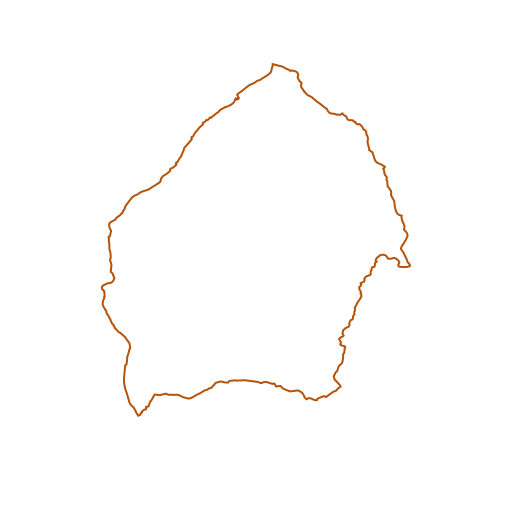 Baucau, Baucau, East Timor (Robinson projection), rotated 288°
{"feature_id": "22284137B73846644477643", "entity_name": "Baucau", "entity_type": "district", "adm_level": 2, "iso_a3": "TLS", "parent_name": "East Timor", "parent_adm1": "Baucau", "projection": "robinson", "projection_center": [126.421, -8.508], "detail": "fine", "context": "isolated", "style": "outline", "palette": "amber", "viewbox_px": 512, "rotation_deg": 288, "n_neighbors": 0, "source": "geoboundaries", "source_scale": "gbopen_adm2", "svg_char_len": 6126}
<svg xmlns="http://www.w3.org/2000/svg" viewBox="0 0 512 512"><g transform="rotate(288 256 256)"><path d="M443.6,212.6L441.7,213.2L440.1,213.0L435.9,213.4L433.8,212.6L431.2,210.8L426.0,206.4L424.7,205.5L422.9,202.9L420.2,201.0L416.5,196.9L413.5,194.8L408.0,191.2L404.2,188.4L403.2,188.4L402.6,189.3L401.6,189.9L401.1,190.8L400.1,190.8L398.9,189.5L399.8,188.7L399.6,187.9L395.7,187.6L393.8,186.7L391.7,185.1L389.6,182.9L387.8,180.4L385.9,178.8L384.8,177.5L383.7,176.7L381.5,175.8L379.8,174.5L373.5,170.4L373.6,169.6L371.1,168.5L370.0,167.5L369.7,166.5L368.3,166.3L367.0,164.9L366.1,164.3L365.7,164.3L365.0,164.8L364.7,164.8L360.9,162.6L354.4,160.0L352.1,159.4L350.3,159.3L349.5,158.1L348.1,158.2L347.6,158.4L347.4,158.8L346.9,158.8L336.6,154.4L334.3,154.5L327.5,153.9L324.5,152.9L321.4,152.4L320.6,151.5L319.7,151.2L318.7,151.4L318.6,151.6L318.8,151.9L318.5,152.0L317.6,151.8L314.2,149.6L312.6,147.7L311.5,147.5L310.6,148.0L309.9,147.8L306.2,145.4L303.1,142.7L302.3,142.6L301.0,141.9L298.7,141.8L298.0,142.2L296.3,141.7L285.8,133.0L281.7,127.3L280.3,126.0L277.9,124.2L275.5,121.5L273.6,120.1L264.0,116.7L262.5,116.4L260.0,116.5L258.1,115.7L255.4,115.6L254.4,114.6L252.6,114.0L248.9,111.2L247.3,111.1L244.7,108.6L242.6,106.9L241.9,106.6L241.5,106.8L241.1,106.5L239.2,107.1L237.5,108.1L235.2,110.4L229.7,111.0L229.2,110.7L229.0,110.1L228.2,110.0L226.2,111.1L224.8,111.4L222.6,112.6L217.1,114.5L215.1,116.0L211.9,117.5L209.3,118.4L207.6,118.4L206.3,118.8L204.5,120.3L202.5,121.4L196.4,122.6L195.9,123.0L195.2,124.8L194.2,126.0L193.2,126.3L191.1,128.2L188.2,127.9L186.2,126.8L185.4,125.8L184.0,123.1L181.0,120.0L179.7,119.1L178.0,119.2L176.8,120.0L176.5,121.2L175.9,121.7L175.8,122.5L175.1,122.6L173.3,123.7L172.2,123.9L170.8,124.6L170.4,124.2L168.3,124.7L166.3,124.3L163.0,124.9L161.7,125.7L159.3,128.1L158.8,129.0L158.3,129.2L157.4,130.6L156.1,131.2L154.9,132.2L154.2,133.3L151.0,136.6L150.4,137.4L149.7,137.7L147.0,140.4L146.7,140.8L146.6,141.8L145.5,142.3L145.1,142.8L145.1,143.3L143.4,144.5L143.1,145.6L141.4,148.5L141.1,149.5L141.0,150.7L138.5,156.4L133.9,162.6L129.5,164.9L127.8,164.4L126.5,164.7L119.8,164.8L116.6,165.7L112.9,166.3L111.3,165.4L110.8,165.4L109.3,165.9L97.8,168.5L93.5,170.3L89.5,172.5L84.6,176.2L77.7,180.8L76.5,182.0L75.2,183.9L74.1,186.4L72.3,188.5L70.0,190.6L67.7,193.4L69.2,195.0L70.6,194.9L71.7,195.9L72.8,195.5L73.4,195.9L75.3,197.2L76.3,198.8L78.6,198.1L79.5,200.0L80.0,200.3L85.0,200.3L85.6,200.9L86.4,201.1L92.7,202.4L93.1,203.0L93.9,207.4L96.0,210.9L97.0,212.3L97.2,212.8L97.0,215.4L97.2,216.6L97.8,217.8L98.3,220.2L99.7,223.8L99.7,224.9L99.9,225.6L99.2,230.3L99.5,235.6L99.8,236.4L100.8,238.0L102.2,239.5L106.2,243.0L107.5,244.6L112.4,248.8L113.7,250.9L115.8,252.5L116.3,253.7L117.1,254.5L119.3,255.2L121.0,256.2L122.0,256.4L123.0,257.0L125.6,260.9L126.1,263.1L126.0,264.7L126.8,268.4L128.8,269.2L129.3,269.9L131.2,274.4L131.8,277.1L134.3,283.3L136.8,296.6L136.6,299.7L137.1,300.9L138.3,302.0L139.4,304.6L139.4,311.0L140.3,312.4L140.3,313.1L138.1,315.3L138.5,316.4L139.1,317.4L139.9,319.3L139.8,319.9L138.4,322.3L138.2,323.1L137.7,330.2L141.0,337.1L141.0,339.0L140.1,342.3L138.6,344.1L136.8,345.8L135.7,347.4L135.4,348.5L136.5,349.3L137.2,350.1L137.5,352.2L137.1,356.8L137.8,358.5L139.3,358.7L139.7,359.0L143.3,363.3L143.7,364.0L143.8,364.9L143.4,365.6L143.5,366.2L150.6,371.3L152.8,373.9L155.4,374.9L157.9,376.8L159.0,375.9L163.0,368.8L165.9,367.0L167.1,367.4L169.7,367.7L171.5,368.6L172.2,368.8L176.6,368.7L177.6,369.1L179.5,370.4L181.6,371.0L187.1,370.1L188.5,369.4L189.8,369.3L190.8,369.8L193.5,369.4L196.1,368.7L196.9,369.1L197.6,368.1L197.4,365.4L197.5,363.9L198.0,363.5L199.5,363.6L200.3,363.4L201.9,361.4L202.9,360.7L204.2,361.4L205.1,362.0L205.9,363.1L207.2,363.9L208.2,363.3L209.2,362.1L212.1,361.9L212.9,362.1L214.0,363.0L215.1,363.4L217.1,365.7L217.8,366.1L219.2,366.3L220.5,365.6L221.4,365.5L223.7,365.7L224.4,366.1L225.5,367.3L226.3,367.5L228.9,366.9L231.0,367.7L233.1,366.7L234.8,367.0L237.4,365.9L239.9,366.5L242.8,366.8L247.4,368.2L250.2,368.7L252.1,367.9L252.8,366.9L253.8,367.0L254.5,366.6L256.3,364.6L257.9,363.9L258.7,363.9L259.8,364.7L261.0,365.1L262.3,363.9L262.8,364.2L265.2,366.8L266.7,366.6L267.8,366.0L270.0,366.8L271.1,367.7L273.1,370.3L273.7,370.7L277.2,369.8L278.0,370.2L280.7,369.8L281.3,370.0L281.9,371.4L282.3,371.9L284.5,371.9L285.8,371.3L286.6,371.5L287.9,372.5L288.4,371.4L289.3,371.0L292.0,371.7L292.7,372.4L293.6,372.8L295.3,374.0L296.3,375.8L296.7,377.6L296.6,378.8L296.1,380.2L294.5,382.1L294.4,383.4L295.3,385.5L296.9,388.0L296.9,389.3L296.7,390.4L295.6,392.9L294.6,394.1L294.1,394.3L291.6,394.0L290.3,394.8L290.1,395.4L290.4,397.3L291.6,401.3L292.5,403.4L293.7,405.3L294.5,405.5L295.6,404.5L297.3,401.8L299.1,400.6L303.8,396.1L305.1,394.8L306.9,392.3L307.8,391.6L309.7,391.5L316.6,393.3L321.6,394.0L323.9,393.0L324.7,392.1L325.6,391.0L326.7,388.6L330.1,388.1L331.5,387.1L334.8,384.1L337.9,382.4L339.4,382.1L339.3,379.2L339.6,378.2L340.4,376.8L341.5,375.7L344.8,373.3L346.4,372.5L350.7,370.7L355.5,365.7L359.4,364.5L361.5,361.9L363.0,359.6L367.6,357.7L368.2,357.4L368.9,356.5L371.3,356.0L371.8,355.6L372.9,353.7L374.9,352.2L376.3,351.8L378.5,350.0L379.4,350.8L380.0,351.0L380.8,350.9L381.8,346.4L382.1,342.4L383.3,340.2L384.5,339.1L390.6,334.7L391.8,330.8L392.4,330.9L396.7,328.1L399.4,326.6L401.4,326.6L404.2,325.1L405.0,324.4L405.4,323.7L406.6,323.0L407.6,322.8L409.0,321.5L409.3,321.0L409.5,319.4L412.1,316.6L413.4,313.8L413.3,313.2L412.8,312.5L412.6,311.4L413.1,310.0L413.4,309.5L414.0,309.3L414.0,307.9L414.2,307.3L414.8,306.9L414.9,306.1L414.7,304.8L414.0,302.9L414.0,301.6L414.7,300.3L416.2,299.2L416.6,298.7L417.2,296.1L417.7,294.8L418.3,294.2L417.9,293.6L416.6,292.8L416.0,291.6L415.7,289.8L415.3,288.7L415.4,286.3L414.7,283.3L414.9,281.9L415.6,280.2L418.0,277.6L418.1,276.5L420.8,269.3L421.7,266.2L424.4,259.7L424.8,256.4L425.4,254.4L426.7,252.4L426.8,251.5L427.7,250.7L430.6,246.8L432.4,246.0L434.6,245.9L435.1,245.2L435.3,244.0L437.9,241.1L439.3,240.2L441.3,240.3L443.0,238.9L443.7,237.6L443.8,236.3L443.6,232.8L442.8,231.9L442.7,231.1L443.2,230.2L443.6,225.7L444.3,222.9L443.6,212.6Z" fill="none" stroke="#b45309" stroke-width="2"/></g></svg>